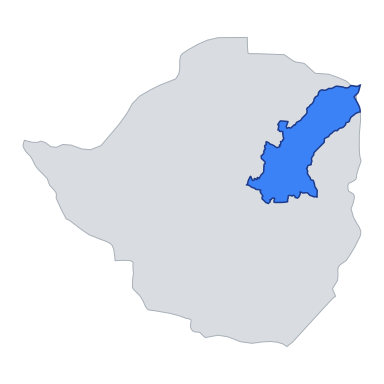 where Mashonaland East sits in Zimbabwe
{"feature_id": "ZWE-528", "entity_name": "Mashonaland East", "entity_type": "Province", "adm_level": 1, "iso_a3": "ZWE", "parent_name": "Zimbabwe", "parent_adm1": "", "projection": "orthographic", "projection_center": [31.478, -17.977], "detail": "fine", "context": "in_parent", "style": "filled", "palette": "blue", "viewbox_px": 384, "rotation_deg": 0, "n_neighbors": 0, "source": "natural_earth", "source_scale": "10m", "svg_char_len": 8053}
<svg xmlns="http://www.w3.org/2000/svg" viewBox="0 0 384 384"><path d="M286.9,346.6L283.1,344.0L277.8,342.3L271.2,341.5L262.5,341.9L251.9,343.3L240.4,341.7L228.2,336.9L218.0,335.2L205.9,337.5L205.4,337.6L203.3,335.9L199.9,332.4L194.4,331.8L192.9,331.0L191.6,329.7L190.8,328.0L190.4,326.1L191.2,320.3L190.7,319.6L189.2,318.9L186.2,318.3L178.9,315.7L169.7,313.3L154.7,310.7L148.9,310.0L147.5,309.2L145.8,307.1L142.8,300.4L140.0,296.0L133.4,289.2L132.4,287.1L132.5,281.6L132.9,277.2L133.5,273.5L133.1,270.0L132.9,265.6L133.1,262.7L132.2,261.4L129.8,260.6L123.1,260.3L115.1,260.7L114.7,256.3L113.8,249.4L112.2,245.5L110.3,243.5L106.5,241.5L98.9,238.7L88.6,234.5L79.6,228.2L69.3,220.2L66.2,218.9L62.2,211.3L56.2,198.3L56.4,193.9L55.5,191.7L49.8,185.4L48.4,182.1L47.4,178.7L38.3,169.5L35.2,165.5L32.7,160.2L30.3,156.0L28.4,154.4L25.8,151.6L23.9,148.3L23.0,145.9L23.6,142.6L24.4,140.3L32.8,142.4L37.4,142.4L40.9,141.1L45.4,142.6L50.8,146.7L56.6,147.3L62.7,144.5L71.2,145.1L81.9,149.0L90.7,149.7L101.0,145.6L110.1,134.9L118.7,124.8L127.1,113.1L132.2,103.8L139.7,96.1L149.8,90.2L160.0,85.1L175.7,78.9L178.8,73.9L179.8,68.5L179.7,61.0L180.5,56.1L182.1,53.9L184.7,52.1L188.1,49.8L198.5,44.0L207.2,40.2L217.9,37.7L229.6,37.6L240.9,37.5L247.3,37.4L247.4,44.7L247.9,52.8L249.2,53.6L257.7,53.7L271.2,54.2L284.3,54.7L292.7,60.6L295.5,61.9L304.2,63.4L315.2,73.3L328.6,74.2L337.7,77.4L345.8,80.8L350.4,84.8L353.4,85.8L357.4,86.1L359.4,86.5L359.0,89.4L356.2,94.3L356.5,101.4L360.2,111.2L360.6,119.7L359.3,134.7L359.3,149.2L359.6,154.4L360.2,157.9L361.0,159.8L360.8,161.9L358.6,168.0L356.7,174.4L356.6,177.0L356.0,178.8L354.6,180.4L348.9,183.3L347.9,185.1L347.9,188.4L348.6,191.2L350.7,192.3L353.3,193.9L354.3,196.0L354.3,198.2L353.4,202.2L351.1,209.0L353.3,216.7L355.9,221.8L359.4,227.6L360.8,231.2L360.7,233.8L360.1,236.3L354.8,246.9L350.9,253.5L346.2,260.5L340.0,264.9L338.4,267.1L337.8,269.5L338.0,274.8L337.6,280.3L332.4,288.8L335.6,296.2L334.8,296.8L333.1,297.9L325.5,306.1L317.9,314.4L312.3,320.5L306.0,327.4L298.9,335.2L292.9,341.8L286.9,346.6Z" fill="#d9dde1" stroke="#a8b0b8" stroke-width="1"/><path d="M349.9,86.3L350.3,86.0L350.9,85.8L351.6,85.7L353.0,85.8L355.7,86.4L357.0,86.5L357.7,86.3L359.1,85.5L359.8,85.2L360.3,85.1L358.7,91.2L358.0,92.7L357.3,93.6L354.1,96.7L354.2,96.9L358.4,104.7L359.5,107.3L360.1,110.1L360.2,111.9L359.9,111.9L359.0,112.1L355.7,113.4L355.3,113.7L354.3,114.7L351.3,116.8L351.0,117.2L349.6,119.8L349.5,120.9L349.3,121.3L348.7,121.8L348.1,122.1L347.6,122.2L346.2,122.7L346.0,122.9L345.8,123.1L345.7,123.4L345.6,124.5L345.4,125.0L343.5,127.0L342.7,127.5L342.0,127.7L341.3,128.0L340.5,128.0L339.0,128.7L338.8,128.9L338.2,129.7L337.5,130.4L337.2,130.7L336.8,130.7L336.4,130.6L335.8,130.5L335.4,130.5L335.0,130.7L334.2,131.1L333.5,131.5L331.7,133.3L330.3,134.2L329.9,134.5L329.5,135.1L329.0,135.9L328.7,136.3L328.5,136.6L328.2,136.8L327.3,137.1L326.4,137.6L325.2,138.1L324.7,138.4L324.5,138.9L324.2,140.6L324.2,141.2L324.3,142.0L324.2,142.2L324.1,142.4L313.8,152.8L313.8,153.4L313.9,154.2L313.7,154.7L313.4,155.3L311.8,157.5L311.7,157.7L311.6,158.0L311.5,159.5L311.6,160.3L311.9,160.9L311.9,161.4L311.3,162.7L311.1,163.1L311.2,164.0L311.2,164.5L310.9,164.7L310.4,164.9L308.5,165.3L308.1,165.5L307.8,165.7L307.6,166.1L307.5,167.0L307.3,167.8L306.8,168.2L306.5,168.5L306.7,168.9L307.2,169.7L307.3,170.4L307.7,171.2L307.7,171.5L307.3,172.6L307.3,173.0L307.5,173.4L307.7,174.1L308.1,174.7L308.6,175.7L309.2,176.3L310.1,177.6L310.6,179.3L310.8,179.7L311.0,179.8L311.4,180.0L312.2,180.1L312.8,180.2L313.1,180.5L313.3,180.6L314.2,183.1L315.0,187.0L315.1,187.3L315.3,187.6L315.9,188.0L316.0,188.2L316.3,188.9L316.8,189.6L317.2,190.4L317.2,190.9L317.1,192.8L317.1,193.7L317.0,194.5L317.0,195.1L317.2,196.3L316.9,197.1L316.6,196.9L315.9,196.6L315.6,196.6L314.8,196.9L314.4,196.9L313.5,196.7L311.8,195.9L310.2,195.5L309.5,195.0L307.9,193.2L307.3,192.9L306.6,192.6L305.8,192.7L303.7,193.0L302.9,193.0L301.4,192.3L300.5,192.0L300.1,192.1L299.9,192.2L300.0,192.4L300.3,192.7L300.4,193.1L300.4,193.4L300.1,194.0L299.8,195.0L299.2,196.3L298.8,196.9L298.5,197.2L297.7,198.0L297.4,198.1L297.2,198.1L296.8,197.9L296.3,197.7L295.8,197.6L295.4,197.6L295.2,197.5L295.1,197.3L295.1,196.8L294.9,196.3L294.1,195.5L293.5,195.2L293.2,195.2L293.0,195.4L292.7,195.7L292.5,195.9L292.2,196.0L291.9,196.0L291.1,195.6L290.6,195.5L290.1,195.4L288.9,195.5L288.5,195.7L288.3,196.0L288.2,196.2L288.1,196.5L288.1,198.3L287.6,199.4L287.6,201.6L287.1,201.9L282.9,202.4L276.1,202.5L274.2,202.3L274.1,202.1L274.0,201.8L274.0,201.3L274.0,200.7L274.2,200.2L274.3,199.7L274.5,199.3L274.6,198.9L274.6,198.4L274.3,198.3L272.8,198.1L272.3,198.2L272.0,198.4L271.6,199.1L271.3,199.5L270.9,199.7L270.0,199.8L269.9,200.0L270.0,200.4L270.2,200.8L270.1,201.8L268.2,203.5L267.1,202.9L265.9,202.6L265.3,202.0L264.7,201.2L263.8,200.5L263.2,199.8L262.1,198.9L262.1,198.7L262.1,198.3L262.0,197.8L262.0,197.5L262.2,196.9L262.4,196.7L262.7,196.6L262.8,196.5L262.8,196.2L262.5,195.5L262.3,195.1L261.3,193.7L260.4,192.2L260.2,191.8L260.2,191.5L260.3,191.3L260.7,190.6L260.8,190.3L260.5,190.2L259.5,189.8L258.6,189.6L257.5,189.6L256.1,189.4L255.8,189.3L254.9,188.4L254.2,188.1L253.4,187.9L251.5,187.1L250.4,186.4L249.7,185.7L249.0,185.4L246.7,184.8L247.4,184.0L247.7,183.3L248.1,181.2L248.2,180.8L250.0,177.0L250.4,176.5L250.6,176.4L250.8,176.6L250.9,176.8L251.5,178.3L251.8,178.8L252.5,180.4L252.7,180.5L253.1,180.4L253.9,180.1L254.3,179.9L254.5,179.7L254.3,178.8L254.3,178.6L254.5,178.5L255.6,178.9L256.2,179.3L256.4,179.4L256.7,179.4L257.2,179.4L257.4,179.1L257.2,178.2L257.2,177.9L257.3,177.6L257.5,177.5L258.7,177.8L258.8,177.9L259.1,178.3L259.3,178.1L261.3,174.6L263.2,172.8L263.4,172.4L263.6,172.0L263.7,171.5L264.0,165.1L264.1,164.8L264.2,164.3L264.4,164.0L265.1,163.4L265.3,163.1L265.3,162.9L265.1,162.2L264.8,161.8L263.7,160.5L261.8,158.9L261.4,158.3L261.3,157.9L261.2,156.4L261.2,155.9L261.4,155.7L261.5,155.5L262.2,155.2L262.5,154.9L262.9,154.4L263.7,153.2L263.9,152.7L264.0,152.2L263.8,151.8L263.8,151.5L264.3,150.1L264.4,149.7L264.7,149.4L265.3,149.0L265.4,148.7L264.7,147.0L264.6,146.3L264.7,145.8L265.0,145.3L265.9,144.8L266.2,144.6L266.3,144.4L266.3,144.1L266.0,143.2L266.0,142.8L266.1,142.2L266.2,141.8L266.4,141.7L266.5,141.8L268.1,142.4L268.9,142.9L270.0,144.0L270.9,144.3L271.5,144.5L273.1,145.2L275.3,146.6L276.2,147.4L276.6,147.6L276.9,147.7L277.1,147.7L277.4,147.6L278.0,147.2L278.8,147.1L279.1,147.0L279.8,146.4L280.0,146.2L279.9,146.1L279.5,145.8L279.4,145.6L279.4,145.4L279.5,145.0L280.2,144.8L280.6,144.3L280.8,143.3L280.7,142.8L280.5,142.0L280.6,141.7L282.2,141.0L282.6,140.7L282.8,140.5L282.8,140.0L282.9,139.7L283.1,139.4L283.5,138.9L283.7,138.7L283.8,138.4L283.7,138.0L283.3,137.2L283.2,136.8L283.1,136.3L283.1,135.5L283.1,135.2L282.8,134.7L282.7,134.4L282.7,134.1L282.9,133.3L282.9,132.8L282.8,132.3L282.7,131.8L282.5,131.6L282.1,131.4L280.6,131.5L279.8,131.4L279.5,131.2L279.3,130.9L279.1,130.2L278.8,130.0L278.0,129.9L278.8,126.1L278.7,125.3L278.4,125.3L278.1,125.1L277.9,124.6L277.9,124.3L278.8,123.2L279.5,121.8L280.1,121.2L280.7,120.9L287.6,121.5L287.9,121.6L287.9,121.8L287.9,122.1L286.4,126.0L286.3,126.5L286.4,127.0L286.5,127.5L286.7,127.9L287.0,128.3L287.5,128.2L288.4,127.6L288.9,127.5L290.4,128.1L290.9,127.9L291.4,127.5L293.7,125.3L294.1,124.9L294.4,124.9L294.9,125.1L295.2,124.8L295.5,124.4L295.9,123.5L296.6,122.4L300.6,120.3L301.4,119.5L301.5,119.1L302.2,118.0L306.0,114.3L306.6,113.3L307.1,112.3L307.0,111.1L306.9,110.3L306.8,109.4L306.9,108.6L307.2,108.0L307.7,107.6L308.8,106.9L309.3,106.5L310.0,105.4L310.2,105.1L310.4,104.9L311.3,104.4L312.0,103.8L312.6,103.1L313.6,101.4L313.8,101.0L314.0,99.5L314.3,98.6L314.8,97.8L315.3,97.1L316.0,96.6L317.4,95.9L317.8,95.5L318.0,95.1L318.5,92.9L318.8,92.2L319.2,91.5L319.7,91.0L320.9,90.2L321.6,90.0L322.3,89.8L322.7,89.9L323.4,90.2L323.8,90.3L324.7,90.3L325.8,90.0L326.8,89.7L327.6,89.2L328.3,88.7L328.7,88.5L329.2,88.4L331.0,88.5L331.6,88.4L332.7,88.0L334.8,86.8L336.0,86.3L337.1,86.2L343.0,87.0L344.5,87.7L347.0,87.9L347.8,87.8L348.6,87.5L349.9,86.3Z" fill="#3b82f6" stroke="#1e3a8a" stroke-width="1.5"/></svg>